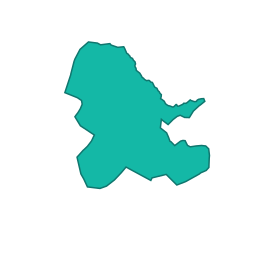 the district of Nkanu West, Enugu, Nigeria, rotated 40°
{"feature_id": "59680162B79793295224635", "entity_name": "Nkanu West", "entity_type": "district", "adm_level": 2, "iso_a3": "NGA", "parent_name": "Nigeria", "parent_adm1": "Enugu", "projection": "orthographic", "projection_center": [7.539, 6.306], "detail": "fine", "context": "isolated", "style": "filled", "palette": "teal", "viewbox_px": 256, "rotation_deg": 40, "n_neighbors": 0, "source": "geoboundaries", "source_scale": "gbopen_adm2", "svg_char_len": 1782}
<svg xmlns="http://www.w3.org/2000/svg" viewBox="0 0 256 256"><g transform="rotate(40 128 128)"><path d="M72.5,68.5L68.3,72.8L61.8,75.3L59.9,75.0L53.5,81.9L50.0,82.6L42.4,87.5L40.7,98.6L43.0,109.2L43.9,111.7L49.4,123.2L49.9,124.0L56.9,141.5L69.8,137.3L74.7,136.8L77.6,139.2L79.1,143.9L79.8,148.5L79.9,151.2L80.1,153.5L90.1,156.9L106.7,155.0L108.4,161.4L108.7,168.1L108.2,172.8L108.0,173.9L107.7,183.1L121.5,193.5L126.9,195.5L134.8,199.2L145.4,192.3L148.9,186.3L151.0,176.5L151.6,166.6L151.6,159.2L179.2,153.5L178.5,150.7L187.1,139.0L202.0,140.3L202.2,140.0L206.4,132.4L206.7,131.8L207.4,130.0L207.5,129.7L212.2,117.4L212.5,115.7L213.2,114.2L213.4,113.9L215.2,110.2L215.3,106.2L209.7,99.0L208.1,96.7L203.2,92.1L199.1,91.8L195.6,94.1L191.6,98.1L187.8,102.4L184.8,103.1L179.9,101.0L178.1,102.2L176.7,104.3L175.1,111.4L174.0,111.3L169.6,110.9L168.7,111.2L166.8,110.1L164.9,109.0L160.7,106.9L152.7,107.1L148.0,99.9L150.3,99.9L156.5,99.6L157.1,92.6L158.2,87.5L159.8,84.7L164.6,83.5L168.3,80.6L167.2,73.0L168.2,65.2L168.6,63.8L169.7,58.2L167.1,56.8L165.4,58.4L163.6,60.7L163.1,62.2L163.3,63.7L162.0,65.1L160.2,65.8L158.4,66.5L157.6,66.5L157.2,69.3L156.7,71.7L154.8,73.2L154.7,74.7L153.0,78.3L152.2,79.3L151.2,79.3L150.2,78.8L149.7,79.2L149.6,80.3L149.4,82.4L148.8,83.2L145.9,84.2L144.5,85.0L143.2,85.2L141.1,85.3L138.6,84.2L135.5,84.3L134.1,84.6L133.3,82.7L132.1,81.0L130.3,80.9L128.7,80.2L126.9,80.1L124.7,79.0L122.7,79.4L122.0,79.5L118.1,77.7L117.1,77.5L116.0,78.2L113.9,77.9L113.0,78.4L111.8,79.8L109.4,80.2L108.0,79.9L106.3,80.1L104.2,79.2L101.7,78.4L99.1,78.5L97.3,78.5L95.6,77.0L94.1,76.6L93.0,75.5L92.6,74.1L90.8,72.8L88.5,72.6L86.7,71.8L85.0,72.3L84.0,72.2L83.2,71.7L81.9,71.6L80.7,71.3L79.1,71.6L74.3,69.2L72.5,68.5Z" fill="#14b8a6" stroke="#0f766e" stroke-width="1.5"/></g></svg>